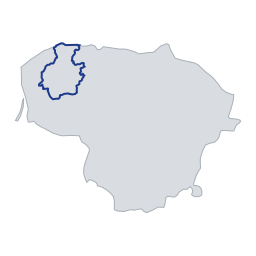 Lithuania, with Telšiai highlighted
{"feature_id": "LTU-936", "entity_name": "Telšiai", "entity_type": "County", "adm_level": 1, "iso_a3": "LTU", "parent_name": "Lithuania", "parent_adm1": "", "projection": "mercator", "projection_center": [22.175, 56.01], "detail": "fine", "context": "in_parent", "style": "outline", "palette": "blue", "viewbox_px": 256, "rotation_deg": 0, "n_neighbors": 0, "source": "natural_earth", "source_scale": "10m", "svg_char_len": 4540}
<svg xmlns="http://www.w3.org/2000/svg" viewBox="0 0 256 256"><path d="M86.9,182.4L85.3,179.2L83.6,173.4L83.8,168.8L84.7,164.2L89.4,150.5L89.2,148.3L85.8,144.5L81.6,141.7L79.3,135.8L70.8,135.4L62.8,135.8L60.3,135.5L52.7,133.0L45.4,129.0L40.5,126.6L36.3,124.0L34.1,121.3L30.6,122.0L28.2,122.0L28.3,121.5L26.9,116.7L28.3,109.1L25.8,98.1L21.6,84.8L21.3,70.5L21.0,67.2L31.3,59.1L44.3,50.4L47.2,49.6L59.2,44.4L60.8,44.0L71.6,45.0L80.0,46.2L87.2,46.0L91.1,44.7L94.7,45.8L97.5,49.7L100.5,49.3L103.4,46.7L119.4,49.1L123.0,49.0L127.0,49.4L134.5,51.7L138.8,53.9L148.3,52.6L152.4,52.5L154.5,51.6L161.0,45.8L163.9,44.8L166.5,43.7L168.8,44.6L170.4,49.6L175.2,58.3L180.5,59.8L195.0,63.1L198.0,64.8L206.2,72.4L211.1,76.1L214.2,79.1L218.9,84.9L221.7,89.1L226.3,92.3L231.7,94.4L233.7,94.7L233.6,97.8L232.6,103.0L230.8,109.6L228.9,114.8L228.4,116.7L229.9,118.4L237.0,119.2L240.0,120.1L240.6,121.4L239.1,123.2L236.8,124.7L235.8,126.1L233.9,131.0L222.1,130.4L220.5,131.4L219.8,133.7L219.2,136.4L217.6,139.5L214.5,142.3L209.5,143.3L205.5,145.1L202.5,150.9L200.3,158.5L200.3,164.0L200.6,167.0L200.3,168.7L198.8,170.6L196.3,175.6L194.3,181.1L193.5,184.0L193.9,185.4L196.2,185.5L199.5,186.6L201.2,188.8L201.9,191.3L201.9,194.0L201.3,195.5L198.7,196.6L194.5,196.6L192.1,195.3L191.6,194.3L192.8,191.7L191.9,188.4L190.2,186.6L186.8,189.3L183.4,189.3L179.4,191.8L176.8,195.6L174.3,197.1L167.6,196.3L165.9,198.0L164.5,205.9L163.7,207.4L158.0,207.1L152.6,210.2L146.4,212.7L143.3,211.0L141.6,209.0L138.2,209.3L134.5,210.2L132.1,209.7L129.3,210.0L124.0,211.5L117.3,211.0L114.5,209.7L114.2,208.4L114.4,205.4L114.3,200.6L113.3,196.4L110.1,192.7L106.7,190.0L102.4,187.3L99.2,186.2L97.5,185.8L97.1,184.3L96.5,182.9L95.0,181.8L91.8,180.2L89.1,179.8L86.9,182.4ZM17.6,121.0L15.4,120.5L19.7,112.7L21.4,107.7L22.6,100.5L23.6,98.2L23.6,101.5L23.2,106.9L20.4,116.2L17.6,121.0Z" fill="#d9dde1" stroke="#a8b0b8" stroke-width="1"/><path d="M61.1,43.3L62.9,43.4L63.6,43.8L65.0,44.8L65.8,45.1L77.2,44.8L79.6,45.3L79.2,45.8L78.9,46.0L78.7,46.4L78.8,46.8L79.1,47.2L79.3,47.7L79.3,48.3L79.1,48.9L78.8,49.5L78.2,49.9L77.7,50.1L77.2,50.0L76.2,49.7L75.7,49.7L75.2,50.0L74.9,50.7L74.6,51.1L74.5,51.5L74.6,51.8L75.0,52.4L75.0,53.0L74.8,53.7L74.2,54.6L73.5,55.2L72.4,56.7L71.9,60.8L73.3,61.2L73.5,61.5L73.6,61.8L73.3,62.4L73.2,62.9L73.4,63.0L73.8,63.0L74.0,63.1L74.2,63.4L74.3,63.8L74.5,64.4L74.9,64.7L75.5,64.9L76.0,64.9L77.6,64.1L79.1,64.3L79.8,64.2L80.3,64.0L80.6,63.6L81.0,63.4L82.1,63.0L83.0,62.9L83.5,63.1L83.8,63.4L83.8,63.7L83.6,64.2L83.6,64.8L83.7,65.4L83.8,65.8L84.5,66.6L83.8,66.9L83.4,67.0L83.1,67.4L83.0,67.6L82.8,67.7L81.0,68.1L80.6,68.5L80.6,69.0L80.9,70.1L80.9,71.0L80.9,71.6L80.8,71.9L80.6,72.2L80.0,72.6L79.8,72.8L79.8,73.2L80.0,73.7L80.5,74.4L80.8,74.8L81.3,74.9L81.7,74.8L82.0,74.5L82.2,74.1L82.4,73.9L82.7,73.8L83.0,74.0L83.4,74.7L83.7,75.1L84.1,75.3L84.3,75.5L83.8,76.0L83.3,76.4L83.4,77.1L82.3,78.5L81.8,80.1L81.4,80.7L80.8,80.9L80.3,81.0L79.7,81.2L79.4,81.6L79.3,82.1L79.4,83.4L79.3,84.1L78.9,84.4L78.3,84.8L77.9,85.0L77.3,85.2L76.9,85.4L76.4,85.9L76.4,86.3L76.8,87.4L77.0,88.0L76.8,88.9L76.7,89.6L76.7,90.2L76.7,90.7L76.9,91.9L76.9,92.4L76.6,92.8L76.3,92.9L75.1,94.0L72.1,94.5L71.7,94.4L71.2,94.2L70.8,94.0L69.9,94.1L69.4,94.0L68.3,93.4L67.3,93.5L64.1,93.9L62.8,94.5L62.1,95.0L61.7,95.1L61.2,95.1L60.7,94.9L60.4,95.0L60.2,95.1L60.1,95.4L59.9,95.8L59.8,96.3L59.8,96.7L59.8,97.1L59.8,97.4L59.6,97.7L58.6,98.7L58.2,98.8L57.7,98.8L57.2,98.6L52.8,99.2L50.8,97.4L49.7,95.8L49.6,95.3L49.4,95.0L49.1,94.5L48.9,94.1L48.8,93.2L48.7,92.8L48.5,92.5L47.8,91.2L47.7,90.8L47.9,90.4L48.0,90.1L48.0,89.7L48.0,89.3L48.1,88.9L48.0,88.7L47.8,88.5L47.1,88.5L46.2,88.8L44.4,88.9L43.9,89.0L43.5,89.1L43.2,89.0L43.0,88.6L43.1,88.2L43.3,87.9L43.4,87.7L43.4,87.4L43.2,87.1L42.9,86.7L42.5,86.0L42.4,85.6L42.5,85.1L42.4,84.8L42.2,84.7L41.5,85.4L41.0,85.6L40.6,85.7L39.0,85.5L39.0,85.1L39.0,84.8L39.1,84.5L39.3,84.0L39.9,83.4L41.9,81.8L42.1,81.5L42.2,81.2L42.7,80.7L42.9,80.4L42.8,79.8L42.6,79.5L41.9,78.4L41.8,78.0L41.6,77.4L41.6,76.7L41.8,74.0L41.7,73.5L41.6,73.1L41.6,72.7L41.7,72.3L42.2,71.9L43.1,71.7L43.4,71.4L43.8,70.9L45.2,68.2L45.4,66.8L47.2,65.1L47.7,64.8L49.1,64.8L49.5,64.6L49.9,64.4L50.2,63.8L50.6,63.6L51.1,63.4L53.0,63.5L53.4,63.2L53.7,62.9L54.6,60.9L55.0,59.8L55.2,59.5L55.5,59.0L55.7,58.3L56.0,58.0L56.3,57.8L56.7,57.8L57.0,57.6L57.1,57.3L57.0,56.6L55.9,54.0L55.7,53.7L55.2,53.1L55.1,52.5L55.0,51.8L55.0,50.4L54.7,49.8L54.4,49.4L54.1,49.1L53.9,48.7L53.8,48.3L53.9,47.8L54.2,47.5L55.6,46.7L56.1,46.3L56.2,45.6L56.9,45.3L61.1,43.3Z" fill="none" stroke="#1e3a8a" stroke-width="2"/></svg>